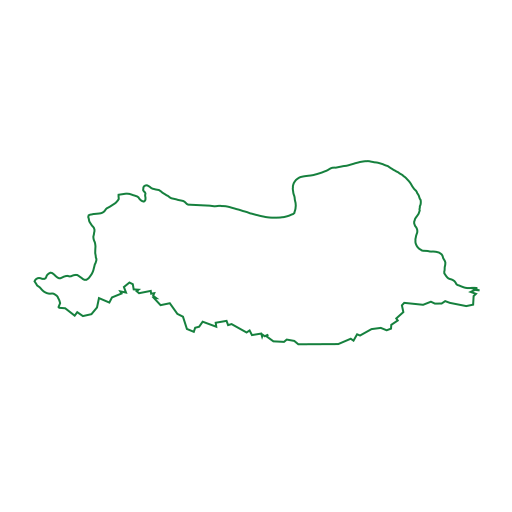 IX-1 Rupununi West, Upper Takutu-Upper Essequibo, Guyana, rotated 268°
{"feature_id": "73187651B14852666038275", "entity_name": "IX-1 Rupununi West", "entity_type": "district", "adm_level": 2, "iso_a3": "GUY", "parent_name": "Guyana", "parent_adm1": "Upper Takutu-Upper Essequibo", "projection": "robinson", "projection_center": [-59.236, 3.169], "detail": "fine", "context": "isolated", "style": "outline", "palette": "green", "viewbox_px": 512, "rotation_deg": 268, "n_neighbors": 0, "source": "geoboundaries", "source_scale": "gbopen_adm2", "svg_char_len": 6049}
<svg xmlns="http://www.w3.org/2000/svg" viewBox="0 0 512 512"><g transform="rotate(268 256 256)"><path d="M238.4,33.8L237.1,34.6L235.4,35.6L234.2,36.2L233.2,37.5L232.4,38.6L231.4,39.5L230.0,40.6L228.8,41.7L227.6,43.1L226.9,44.3L226.2,45.7L225.7,47.4L225.5,48.8L225.6,50.2L225.6,51.7L225.0,53.1L223.3,55.4L222.2,56.3L220.9,56.8L219.7,57.4L218.5,57.9L215.7,58.6L211.9,56.9L211.1,57.6L210.4,63.5L202.7,72.7L206.1,75.4L202.0,80.9L203.6,89.5L210.1,95.3L219.4,97.6L214.6,107.8L219.6,110.6L223.2,120.3L225.4,119.1L224.0,124.8L229.6,122.9L233.9,128.6L232.1,131.9L226.9,132.6L226.4,137.4L225.0,135.5L222.9,137.8L224.8,149.6L222.0,149.9L222.4,153.0L219.8,151.8L217.4,154.8L217.6,152.5L210.2,158.9L211.8,168.2L200.9,175.4L197.9,180.9L185.5,184.4L182.4,191.2L186.4,192.7L187.3,196.7L192.2,200.4L186.7,213.8L190.7,213.4L192.2,224.3L187.9,225.7L188.8,229.2L179.9,243.9L181.8,247.0L177.1,249.2L178.3,258.5L175.2,259.3L177.0,260.0L175.5,262.0L177.0,265.3L175.2,263.9L170.1,270.4L169.2,281.0L171.4,283.8L169.8,291.3L166.3,295.2L165.1,335.1L170.0,347.8L168.0,350.5L174.2,354.3L172.9,357.2L178.9,368.9L179.8,378.2L177.2,384.0L178.7,388.4L182.5,388.8L186.6,395.4L188.7,394.0L194.8,401.3L201.6,400.1L204.0,402.5L201.4,421.3L204.2,429.2L202.2,433.1L202.0,439.8L204.3,443.5L202.4,448.1L198.6,464.4L199.8,471.3L208.4,472.1L210.5,474.5L212.6,469.3L214.5,473.7L213.8,478.2L215.5,473.0L216.0,474.8L215.9,475.2L216.3,475.2L216.5,473.7L216.6,472.2L216.6,470.4L216.5,468.8L216.5,467.4L216.6,465.9L216.9,464.3L217.3,462.9L217.9,461.4L218.7,459.5L219.4,458.1L220.0,456.3L221.0,455.2L222.5,454.5L224.0,453.4L225.2,451.7L225.8,450.4L226.3,448.8L226.9,447.5L227.8,446.5L229.2,445.4L232.1,443.6L233.8,443.6L235.3,444.0L238.3,444.2L239.7,444.6L241.3,444.9L243.0,445.0L244.8,444.4L246.0,443.7L247.3,443.0L248.6,442.7L249.9,442.3L251.1,441.6L252.0,440.5L253.1,438.9L253.5,437.5L253.9,436.1L254.3,433.2L254.3,431.4L254.4,430.0L254.8,428.6L255.1,427.1L255.4,423.3L255.7,422.0L256.6,420.8L257.4,419.5L258.3,418.6L259.5,417.6L260.7,416.9L261.9,416.4L263.1,416.0L264.4,415.8L265.8,415.9L267.3,415.9L268.8,416.3L270.6,416.7L272.0,417.2L273.7,417.9L275.2,418.1L276.6,418.0L278.0,417.6L279.2,417.0L280.4,416.1L281.8,415.6L283.2,415.2L284.9,415.3L286.0,415.8L287.4,416.2L288.8,417.1L289.9,418.0L291.2,419.0L292.6,420.0L294.2,420.6L295.7,421.2L297.0,421.0L298.5,421.4L300.0,421.5L301.5,422.2L303.0,422.5L304.5,422.6L306.2,422.5L307.5,421.7L308.8,421.3L310.6,420.8L312.0,420.1L313.0,419.4L314.4,418.9L315.6,418.2L316.6,417.2L317.6,416.3L320.2,414.6L322.7,413.3L324.0,412.5L325.1,411.7L326.2,410.8L327.3,409.8L328.5,408.8L329.6,407.7L330.8,406.1L331.8,405.2L332.6,403.9L333.5,402.4L334.7,401.0L335.6,399.2L336.5,397.9L337.3,396.4L338.2,395.2L339.2,393.6L340.4,392.0L341.3,390.8L341.9,389.0L342.6,387.4L343.4,385.8L343.9,384.3L344.5,382.5L345.0,380.9L345.3,379.4L345.5,377.6L345.9,376.1L346.3,374.2L346.7,372.8L346.9,371.3L346.9,369.8L346.9,368.1L346.7,366.2L346.5,364.6L346.3,363.1L345.8,361.1L345.5,359.6L345.2,358.2L344.8,356.9L343.9,353.3L343.4,351.4L343.0,349.5L342.9,348.1L342.8,346.6L342.3,343.7L342.1,342.3L341.8,340.6L341.5,338.8L341.6,337.2L341.5,335.3L341.0,333.7L340.2,332.2L339.4,330.8L338.7,329.3L338.3,328.0L337.7,326.3L337.2,325.0L336.7,323.3L335.7,319.6L335.3,317.8L334.9,316.2L334.7,314.7L334.5,313.0L334.4,311.4L334.1,308.0L333.9,306.4L333.6,304.6L333.3,303.1L332.7,301.7L331.7,300.1L330.6,298.6L329.0,297.3L327.5,296.3L325.9,295.7L324.5,295.3L323.3,295.3L322.1,295.1L320.5,295.2L319.0,295.4L317.7,295.5L316.3,295.8L314.8,296.3L313.4,296.6L311.9,296.7L310.7,296.8L309.1,297.1L307.6,297.4L304.9,297.5L303.5,297.3L301.9,297.1L300.4,296.7L299.1,296.2L297.6,295.8L296.6,294.5L296.2,293.0L295.6,291.6L295.1,290.3L294.6,288.4L294.2,286.6L293.9,285.2L293.8,283.2L293.6,281.4L293.6,279.7L293.6,277.6L293.7,275.8L293.7,274.0L293.9,271.6L294.2,269.4L294.6,267.0L295.2,264.7L295.5,263.3L296.1,261.0L296.7,259.1L297.1,257.5L297.8,255.3L298.5,253.1L298.8,251.7L299.6,249.9L300.2,248.5L300.9,246.3L301.4,244.5L302.1,242.7L302.9,240.5L303.6,238.0L304.2,236.3L304.6,235.0L305.1,233.4L305.8,231.4L306.3,229.6L306.8,227.4L307.0,225.4L307.1,223.5L307.4,222.0L307.4,220.3L307.2,218.2L307.1,216.3L307.6,213.3L307.9,211.6L309.7,190.0L310.4,188.7L311.8,187.4L312.7,186.5L313.5,185.2L314.0,183.3L314.8,179.9L315.4,178.3L316.1,175.6L316.6,173.6L317.2,172.4L318.1,171.3L319.2,170.0L319.8,168.7L320.7,167.5L322.6,164.6L323.7,163.5L324.5,162.4L325.3,161.3L325.7,159.4L326.0,158.0L326.5,156.4L326.9,154.9L327.7,153.5L328.8,152.3L329.8,150.8L330.5,149.4L330.3,147.9L329.7,146.7L328.6,145.9L327.0,145.7L325.8,145.5L324.5,146.2L323.4,147.3L322.2,147.7L320.8,147.3L319.4,147.4L318.1,147.6L316.5,147.5L315.3,147.1L314.3,145.8L314.8,144.2L315.6,143.0L316.6,142.0L317.6,141.2L318.7,140.6L319.7,139.2L320.7,136.6L321.1,135.3L321.8,133.6L322.5,131.6L322.8,129.2L322.8,127.6L322.6,126.2L322.4,124.4L322.2,122.6L322.0,120.8L320.7,120.7L319.2,120.8L317.7,120.8L316.4,119.9L315.1,118.7L314.0,117.6L313.2,116.4L312.5,115.2L310.4,111.7L309.5,109.9L308.9,108.6L308.0,107.6L306.4,106.4L305.3,105.2L304.5,103.6L304.1,102.2L303.9,100.2L303.8,98.4L303.7,96.8L303.6,94.8L303.3,93.5L303.1,91.7L302.5,90.2L300.8,89.7L299.4,90.1L298.2,90.3L296.8,90.5L295.6,91.0L294.3,91.8L293.1,92.5L292.0,93.2L290.8,94.3L289.7,95.0L287.9,95.5L286.3,95.4L284.8,95.0L283.5,94.8L280.9,94.1L279.4,94.2L278.1,94.4L276.8,94.8L275.6,95.3L274.4,95.6L272.7,95.8L271.2,95.9L267.9,95.6L266.1,95.5L264.5,95.4L261.9,95.8L260.1,95.9L258.6,96.4L257.3,96.3L255.7,95.8L254.4,95.3L253.2,94.6L251.7,94.2L249.0,93.4L247.9,93.1L246.5,92.6L245.2,92.0L243.6,91.1L241.1,89.2L239.8,88.1L238.8,86.8L238.1,85.5L238.2,83.7L239.0,82.2L240.1,81.0L241.2,79.5L242.2,78.2L243.2,76.8L243.4,75.3L243.2,73.4L242.8,71.9L242.2,70.5L242.1,68.8L242.7,67.1L242.6,65.3L242.0,63.1L241.4,61.8L240.6,59.8L240.6,58.5L241.2,57.2L242.0,56.1L243.2,54.8L244.2,53.9L245.1,52.9L246.1,51.6L246.5,50.0L245.8,48.5L244.7,47.0L243.7,46.2L242.3,45.6L241.1,44.9L240.5,43.6L240.6,41.6L241.3,39.9L241.6,38.4L241.4,37.0L240.7,35.6L239.8,34.6L238.4,33.8Z" fill="none" stroke="#15803d" stroke-width="2"/></g></svg>